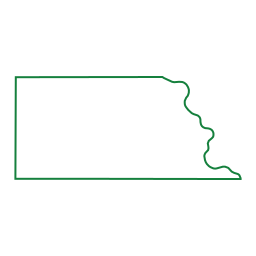 Richardson, Nebraska, United States of America
{"feature_id": "52423323B40677029402754", "entity_name": "Richardson", "entity_type": "district", "adm_level": 2, "iso_a3": "USA", "parent_name": "United States of America", "parent_adm1": "Nebraska", "projection": "robinson", "projection_center": [-95.464, 40.131], "detail": "fine", "context": "isolated", "style": "outline", "palette": "green", "viewbox_px": 256, "rotation_deg": 0, "n_neighbors": 0, "source": "geoboundaries", "source_scale": "gbopen_adm2", "svg_char_len": 1134}
<svg xmlns="http://www.w3.org/2000/svg" viewBox="0 0 256 256"><path d="M86.7,178.8L86.8,178.8L87.9,178.8L219.2,179.0L230.5,179.0L240.6,179.0L240.6,178.2L239.7,176.0L239.4,175.3L238.4,174.3L237.5,173.9L234.2,172.9L231.7,171.6L228.4,168.0L227.6,167.6L225.1,166.7L222.8,166.7L216.7,168.4L215.3,168.6L213.9,168.5L212.6,168.1L210.4,167.1L208.9,166.1L206.9,164.0L205.8,162.2L205.0,160.1L204.3,156.0L204.6,154.6L205.3,153.1L206.5,151.8L208.1,150.1L208.5,148.2L208.3,146.2L207.8,143.4L208.8,140.8L211.2,138.8L212.1,138.0L213.1,136.8L213.4,135.7L213.5,133.9L213.3,132.6L212.7,131.2L211.6,129.8L209.8,128.8L208.2,128.4L205.1,128.1L203.3,127.3L202.0,126.2L201.3,125.1L200.9,124.1L200.5,122.1L200.4,119.4L200.1,118.2L199.6,117.2L198.2,115.8L197.5,115.4L193.6,114.1L191.7,113.1L188.4,110.1L186.8,108.1L185.8,106.7L185.2,105.6L184.8,104.1L184.7,102.1L184.8,100.8L186.2,97.7L187.7,95.9L188.3,94.4L188.8,92.7L188.9,90.2L188.7,89.1L188.0,87.1L186.4,84.5L184.7,83.1L183.7,82.5L182.3,82.0L179.1,81.8L174.2,82.2L172.1,81.8L164.1,78.1L162.4,77.0L15.8,77.2L15.4,178.8L32.2,178.8L56.5,178.8L86.7,178.8Z" fill="none" stroke="#15803d" stroke-width="2"/></svg>